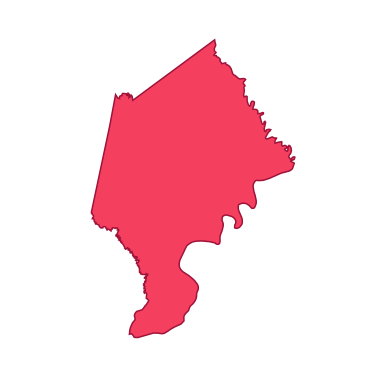 Bermejo, Chaco, Argentina (Natural Earth projection), rotated 11°
{"feature_id": "61730980B13060120877983", "entity_name": "Bermejo", "entity_type": "district", "adm_level": 2, "iso_a3": "ARG", "parent_name": "Argentina", "parent_adm1": "Chaco", "projection": "natural_earth1", "projection_center": [-58.71, -26.994], "detail": "fine", "context": "isolated", "style": "filled", "palette": "rose", "viewbox_px": 384, "rotation_deg": 11, "n_neighbors": 0, "source": "geoboundaries", "source_scale": "gbopen_adm2", "svg_char_len": 6084}
<svg xmlns="http://www.w3.org/2000/svg" viewBox="0 0 384 384"><g transform="rotate(11 192 192)"><path d="M185.2,38.3L116.4,113.3L115.0,109.6L114.6,109.1L114.0,109.0L113.9,108.5L113.6,108.4L113.2,110.3L112.1,111.4L111.9,108.4L110.8,107.2L110.2,107.2L109.7,107.7L109.9,108.3L111.0,108.9L110.0,109.7L109.5,109.7L109.2,108.6L108.7,108.2L105.9,108.3L105.0,108.6L104.6,109.7L104.9,110.8L103.7,111.1L102.8,111.8L102.8,113.1L103.1,114.1L102.2,114.1L101.1,113.8L98.4,111.0L98.6,143.6L97.1,230.4L97.5,230.7L97.5,231.1L97.2,231.8L99.8,234.1L100.0,235.1L99.2,236.7L99.3,237.3L100.1,236.8L100.5,237.0L101.3,238.2L101.6,239.4L102.1,239.6L103.4,241.7L103.5,241.6L103.3,240.2L103.5,240.2L104.6,241.7L107.2,242.3L107.4,243.1L107.9,243.8L109.6,244.7L111.3,244.2L111.3,243.2L112.7,242.7L113.5,242.7L114.2,243.1L114.5,244.0L115.6,244.5L115.6,245.4L115.9,245.5L116.5,244.7L117.2,244.4L119.9,245.7L119.9,244.2L120.8,243.6L120.6,242.5L121.5,242.0L123.5,242.4L124.2,241.8L125.5,241.5L125.8,242.1L125.9,243.4L126.9,242.9L127.4,243.5L126.9,244.9L126.5,247.5L125.7,248.5L125.6,249.6L126.4,249.8L126.7,249.7L127.1,248.8L128.0,249.0L128.2,248.6L128.4,248.7L128.1,249.4L127.3,249.4L127.0,250.1L128.1,251.3L128.7,251.3L129.3,250.2L130.3,250.4L130.1,251.2L129.2,253.0L129.9,253.3L130.6,252.4L130.8,252.5L131.0,252.7L130.9,253.7L131.9,255.0L132.3,254.9L132.5,254.5L133.0,255.7L133.4,255.7L134.7,256.9L136.2,258.8L136.7,260.0L137.6,260.8L138.0,260.3L138.5,260.3L138.5,259.8L139.3,259.2L139.4,259.7L139.7,259.4L140.9,259.7L140.3,260.3L140.6,261.2L141.0,261.1L141.0,260.6L141.8,260.7L141.5,261.2L142.3,261.4L142.3,261.9L142.8,262.2L142.7,263.0L143.0,263.5L143.6,263.5L144.0,262.9L143.9,262.2L144.3,261.9L144.5,262.1L144.9,263.3L145.5,263.6L145.4,264.3L146.1,264.7L146.0,265.5L146.9,265.7L146.7,266.5L147.3,266.7L147.4,266.3L147.9,266.3L148.0,266.6L148.6,266.7L148.0,267.2L148.1,267.8L148.7,267.8L149.6,266.9L149.5,266.3L149.9,266.4L150.3,266.1L150.6,266.7L150.2,267.1L150.4,267.7L150.1,267.9L150.0,269.0L149.6,269.7L150.4,270.0L150.7,268.9L151.0,269.5L151.5,269.3L152.5,269.7L152.8,269.1L153.2,269.8L152.8,270.5L152.8,271.3L151.1,271.6L151.4,272.1L151.2,272.6L151.7,272.7L152.2,273.3L152.2,273.9L152.9,274.3L152.9,274.6L153.7,274.5L154.0,274.9L153.9,275.5L154.2,275.7L154.4,276.5L154.9,276.6L155.1,277.2L155.8,280.8L156.1,281.0L156.4,280.7L156.9,280.6L157.2,282.1L158.6,282.4L162.1,282.0L162.4,281.0L163.0,281.4L163.2,281.2L164.2,281.1L164.3,282.2L163.5,282.7L163.3,283.7L162.6,283.7L162.5,284.6L161.7,284.9L161.8,285.6L162.6,285.2L163.5,285.2L163.3,287.4L163.7,288.1L163.3,288.3L163.4,289.2L162.8,289.1L163.1,289.8L162.0,291.7L162.2,291.9L162.8,291.8L162.9,292.5L162.5,293.1L162.8,293.4L163.2,293.2L163.4,293.6L163.8,293.9L163.3,294.7L163.5,295.0L163.2,295.5L163.3,296.0L163.9,295.6L164.7,296.3L164.8,296.9L164.1,297.8L163.8,298.8L164.2,300.0L164.5,300.2L164.5,298.7L165.0,298.2L165.2,299.6L165.7,299.9L166.2,299.8L167.0,300.6L167.3,304.9L169.8,306.4L170.2,307.2L168.4,311.8L167.9,312.2L166.4,315.6L165.6,316.8L165.2,317.3L160.6,319.7L159.7,321.0L159.0,323.2L159.1,324.7L160.3,326.9L160.3,328.7L158.6,331.6L157.5,336.5L157.3,339.5L157.7,343.6L159.2,342.8L160.8,343.3L163.1,345.7L166.6,345.2L181.1,337.8L185.6,337.0L189.2,336.9L191.6,336.1L194.9,333.2L197.2,330.7L200.9,327.6L206.4,323.7L208.7,320.1L207.9,316.6L207.9,314.9L208.8,312.7L211.2,309.1L211.6,306.1L212.3,304.0L214.1,301.7L215.3,299.5L216.3,296.3L216.4,293.8L215.9,290.4L216.7,286.3L216.5,284.8L216.1,283.4L214.9,281.6L212.3,279.2L210.0,277.5L204.9,274.7L198.0,271.9L195.4,269.9L194.0,268.1L193.2,265.5L193.0,263.6L193.2,260.8L197.0,246.0L198.9,243.6L202.0,240.9L205.7,239.4L210.9,238.2L218.6,237.4L224.1,237.6L225.9,238.5L227.8,238.3L228.8,237.5L229.0,235.4L228.1,231.2L228.0,229.2L228.9,224.1L229.1,219.8L228.8,217.4L227.0,214.1L226.6,212.8L226.6,210.7L227.3,209.4L229.4,208.2L230.8,208.0L235.6,208.4L237.9,209.3L239.8,210.9L240.5,212.2L240.9,214.1L240.3,216.3L240.6,218.9L241.1,219.2L243.1,219.1L244.8,218.1L246.0,216.6L247.1,214.2L247.2,212.3L246.6,209.6L245.8,207.8L241.5,201.5L240.5,199.2L240.1,196.2L240.4,195.3L243.4,193.4L246.2,193.0L248.1,193.2L250.8,194.4L253.3,196.3L254.0,196.6L255.7,196.1L256.3,195.5L256.6,194.6L257.2,191.2L256.8,188.5L254.7,183.5L252.5,179.3L250.8,174.6L250.8,172.0L252.0,169.1L252.8,168.4L256.6,167.8L260.0,166.8L265.4,163.8L275.7,156.6L283.0,153.1L284.4,152.1L285.9,150.4L286.2,149.5L286.9,144.2L283.1,143.0L283.1,142.3L283.8,141.8L285.1,141.3L286.1,140.4L286.4,138.6L286.1,138.0L285.0,138.2L284.2,138.6L283.8,139.1L283.3,140.5L282.7,141.0L282.0,140.8L281.4,140.0L280.6,139.6L280.3,138.7L280.3,137.4L281.4,135.6L281.7,132.4L280.8,129.8L279.3,128.0L278.3,127.8L277.9,128.8L277.9,131.3L278.1,132.6L277.9,133.7L277.2,133.8L275.3,133.1L274.8,132.5L275.7,131.3L276.5,130.8L276.8,130.1L276.5,129.3L275.5,128.7L274.3,128.5L272.2,129.6L271.6,129.4L271.0,128.5L270.8,126.2L270.4,125.5L266.4,127.0L264.3,128.3L263.9,127.4L263.7,125.8L264.7,123.0L264.0,122.9L262.5,123.3L260.2,122.6L255.5,125.7L254.1,125.4L253.7,124.8L255.1,120.1L256.0,118.2L257.0,117.0L257.4,115.8L256.3,115.7L255.4,115.8L253.4,116.7L253.0,117.2L252.8,118.7L252.3,118.7L251.5,118.1L251.0,117.0L250.8,115.5L251.0,109.6L250.1,108.7L249.5,109.3L249.3,109.8L249.6,110.7L249.3,111.7L248.6,112.0L247.6,111.5L244.4,105.2L244.7,103.8L247.0,102.0L247.2,101.3L246.9,100.6L246.2,100.5L244.0,101.9L241.6,102.4L241.1,99.8L239.8,98.8L238.8,98.7L236.0,99.2L235.7,98.4L236.3,94.4L236.2,92.3L235.6,91.4L233.8,91.4L233.2,91.8L232.7,94.1L233.0,95.9L232.6,96.4L232.0,96.7L230.6,95.5L228.7,92.1L227.9,87.8L226.9,87.5L225.1,88.7L224.2,87.2L224.0,82.3L223.0,79.5L223.1,78.7L223.8,77.8L223.3,76.9L222.3,76.3L221.8,75.7L221.6,75.1L221.6,74.3L223.2,71.4L222.6,70.9L220.7,70.8L217.3,71.9L216.1,71.7L212.1,69.4L210.5,69.0L209.4,68.1L206.8,63.4L204.9,61.5L202.9,60.5L201.6,60.5L200.8,59.8L200.4,58.8L196.8,60.3L195.5,58.9L194.6,58.3L194.4,57.6L194.6,56.8L194.2,56.2L192.2,54.8L190.7,54.7L189.8,53.5L188.4,53.8L187.5,53.7L187.9,52.2L188.8,51.0L189.0,50.5L187.4,49.5L186.8,48.2L186.6,46.4L187.3,43.8L187.1,42.7L186.1,40.8L185.2,38.3Z" fill="#f43f5e" stroke="#9f1239" stroke-width="1.5"/></g></svg>